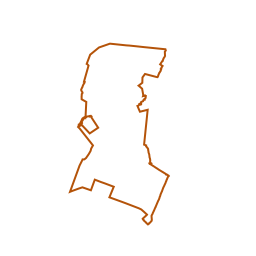 the district of López, Chihuahua, Mexico, rotated 36°
{"feature_id": "50627088B10503438619479", "entity_name": "López", "entity_type": "district", "adm_level": 2, "iso_a3": "MEX", "parent_name": "Mexico", "parent_adm1": "Chihuahua", "projection": "natural_earth1", "projection_center": [-104.952, 26.935], "detail": "fine", "context": "isolated", "style": "outline", "palette": "amber", "viewbox_px": 256, "rotation_deg": 36, "n_neighbors": 0, "source": "geoboundaries", "source_scale": "gbopen_adm2", "svg_char_len": 5278}
<svg xmlns="http://www.w3.org/2000/svg" viewBox="0 0 256 256"><g transform="rotate(36 128 128)"><path d="M73.7,132.0L78.9,131.4L87.0,143.8L87.2,144.2L86.7,144.0L86.4,145.1L86.0,145.7L85.6,147.1L85.7,148.0L86.1,149.6L86.2,150.2L86.5,152.2L86.6,152.7L86.6,153.4L86.1,154.1L86.7,155.2L87.2,154.8L87.8,153.3L88.0,151.9L88.0,151.5L87.5,150.8L87.6,150.7L86.7,149.9L86.8,149.1L86.7,149.1L86.7,148.1L86.6,147.5L86.7,146.8L86.9,146.0L87.0,145.4L87.5,144.3L87.7,144.0L87.4,143.6L87.8,143.1L89.0,142.0L89.8,141.0L90.2,141.2L90.8,140.0L91.7,140.1L91.7,140.4L91.6,140.7L103.7,145.3L100.2,154.9L88.7,152.7L88.4,153.1L88.5,153.4L88.0,154.0L87.9,154.3L87.7,154.8L87.0,155.6L87.0,155.9L87.0,156.3L87.0,156.5L89.1,156.8L109.9,162.7L110.3,166.3L111.2,168.5L111.6,172.2L111.7,177.0L111.1,179.1L109.7,180.1L109.9,180.7L110.9,186.9L118.6,213.7L119.6,212.1L123.7,206.0L126.0,202.8L134.6,200.2L131.5,189.3L137.9,187.6L141.9,186.4L151.0,183.9L153.7,195.0L166.9,191.2L170.1,190.3L183.9,186.6L186.6,186.1L190.0,186.4L194.3,186.9L194.3,187.0L194.3,187.4L193.2,192.8L193.5,193.0L194.1,193.2L194.4,193.3L194.8,193.2L194.9,193.3L195.0,193.3L195.3,193.5L195.5,193.6L195.9,193.6L196.3,193.7L196.9,193.7L197.1,193.7L197.9,193.8L198.0,193.9L198.2,194.0L198.3,194.0L198.6,194.0L198.8,194.0L199.9,194.2L200.2,194.2L200.5,194.3L200.8,194.3L201.0,193.7L201.2,193.3L201.2,193.1L201.2,192.9L201.1,192.6L201.1,192.4L201.1,192.2L201.3,191.9L201.5,191.6L201.5,190.5L201.6,190.2L201.6,189.7L201.7,189.4L201.4,188.6L201.3,188.3L200.6,187.6L200.3,187.1L200.1,186.9L199.8,186.6L199.2,185.9L198.6,185.1L198.5,184.6L198.4,183.9L198.4,183.7L198.3,182.9L198.2,182.6L198.1,182.3L198.0,182.1L198.0,181.8L197.9,181.5L197.8,180.7L197.8,180.4L197.6,180.0L197.5,179.4L197.4,178.7L196.9,176.8L196.9,176.5L196.9,176.2L196.8,175.7L196.6,175.4L196.6,175.1L196.1,173.0L195.2,169.1L195.1,168.1L194.9,167.2L194.8,166.9L194.7,166.5L194.6,166.2L194.4,165.7L194.1,164.9L194.1,164.6L194.0,164.2L193.9,163.8L193.8,163.6L193.7,163.4L193.5,163.0L193.5,162.7L193.4,162.5L193.2,161.9L193.1,161.2L193.0,160.9L192.9,160.4L192.8,160.0L192.8,159.9L192.7,159.2L192.5,158.7L192.4,158.2L192.2,157.7L192.0,156.9L191.8,156.3L191.8,156.1L191.7,155.9L191.6,155.6L191.6,155.3L191.4,154.5L191.3,153.7L191.2,153.1L191.1,152.7L190.9,152.1L190.9,151.7L190.6,150.2L190.2,149.1L190.2,148.8L190.2,148.6L190.0,148.1L189.9,147.9L189.9,147.7L189.7,147.1L189.7,146.9L189.7,146.7L189.4,145.8L189.3,145.1L189.1,144.5L189.0,143.8L189.1,143.6L189.2,142.8L188.9,142.7L186.8,142.8L186.7,143.1L186.4,143.2L186.2,143.3L186.0,143.2L185.9,143.2L185.7,143.0L184.6,143.0L183.7,143.1L177.7,143.6L177.1,143.6L167.2,144.1L166.8,144.3L166.6,144.3L166.4,144.2L166.7,144.0L167.2,143.9L167.5,143.7L167.8,143.4L167.8,143.1L167.7,143.1L167.6,142.9L167.4,142.9L167.3,143.0L167.2,143.0L166.6,143.0L166.4,143.0L166.3,142.9L165.9,142.6L165.7,142.3L165.6,142.0L165.5,141.9L165.3,141.7L165.2,141.5L165.1,141.2L164.4,140.5L164.3,140.3L163.9,140.0L163.6,139.7L162.7,139.1L162.3,138.6L162.1,138.4L161.8,138.1L161.1,137.3L160.8,137.0L160.0,136.4L159.7,136.2L159.1,135.8L158.9,135.6L158.3,134.9L157.8,134.5L157.5,134.1L157.3,133.9L157.2,133.9L156.9,133.6L156.7,133.2L156.3,133.0L156.1,132.9L155.7,132.7L155.2,132.7L154.7,132.5L154.6,132.4L154.2,132.4L153.8,132.3L153.6,132.2L153.3,132.1L153.2,131.9L153.0,131.6L152.9,131.4L150.8,132.0L133.2,101.7L128.1,107.8L126.7,107.0L122.7,104.6L122.9,104.3L123.1,104.0L123.3,103.7L123.4,103.4L123.4,103.2L123.4,102.8L123.4,102.6L123.2,102.4L123.0,102.2L123.0,101.9L123.3,101.5L123.5,101.5L123.9,101.8L124.1,101.8L124.3,101.8L124.5,101.7L124.7,101.3L124.7,101.0L124.6,100.8L124.3,100.5L124.1,100.4L123.9,100.4L123.7,100.4L123.6,100.2L123.6,99.9L123.5,99.7L123.5,99.3L123.4,99.1L123.6,98.8L123.9,98.4L124.0,98.2L124.2,97.8L124.3,97.7L124.4,97.3L124.3,97.0L124.1,96.6L124.1,96.3L124.8,95.3L124.6,95.2L124.2,94.9L124.4,94.2L124.6,93.8L124.6,93.5L124.5,93.3L124.5,93.2L124.2,92.7L124.0,92.4L123.9,92.2L123.6,91.6L123.3,91.7L123.0,92.1L122.9,92.2L122.7,92.2L122.4,91.9L121.8,92.9L121.6,93.0L121.4,93.3L121.1,92.5L116.3,87.9L111.8,87.5L111.7,87.5L113.0,83.0L110.0,78.6L110.0,74.3L121.3,69.9L122.0,69.5L122.0,69.3L121.9,68.9L121.9,68.7L121.8,68.2L121.7,68.0L121.6,67.7L121.5,67.3L121.4,67.1L121.3,66.9L121.2,66.3L121.2,65.7L120.9,65.2L120.9,64.9L120.9,64.6L121.0,64.2L120.9,63.8L120.8,63.1L120.9,62.9L120.8,62.6L120.7,62.2L120.5,61.8L120.5,61.7L120.4,61.1L120.2,60.8L119.8,60.8L119.8,59.5L119.5,59.3L119.5,58.9L119.5,57.5L116.6,57.6L116.4,52.9L116.5,52.9L116.3,52.3L116.2,52.0L116.1,51.6L115.9,51.1L115.9,50.8L115.8,50.4L115.8,50.1L115.8,49.4L115.8,49.0L115.7,48.5L115.6,48.1L115.6,47.9L115.4,47.7L113.0,44.7L113.0,44.1L113.0,43.1L112.0,42.3L93.5,53.1L86.7,57.0L80.5,60.6L78.3,62.0L63.8,70.4L57.2,79.9L54.3,90.9L56.9,100.4L57.6,100.3L59.4,100.7L59.5,101.0L61.6,106.7L65.2,116.5L65.9,116.2L66.2,116.9L66.2,117.0L66.2,117.3L66.3,117.6L66.3,117.9L66.3,118.2L66.3,118.6L66.5,119.9L66.6,120.3L66.8,120.9L67.0,121.6L67.1,121.8L67.1,122.1L67.1,122.3L67.4,123.7L67.5,124.3L67.7,124.7L67.9,124.9L69.0,125.5L69.7,125.8L70.2,125.9L70.4,126.1L70.6,126.4L70.6,126.7L70.7,126.9L70.6,127.1L70.6,127.6L70.7,127.8L71.1,128.4L71.2,128.6L71.8,129.4L71.9,129.7L72.0,129.9L72.5,130.5L72.7,130.8L73.1,131.3L73.3,131.6L73.6,132.0L73.7,132.0Z" fill="none" stroke="#b45309" stroke-width="2"/></g></svg>